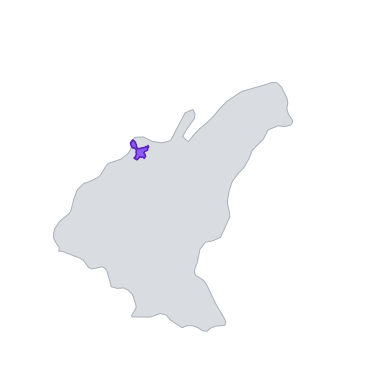 Rio San Juan, María Trinidad Sánchez, Dominican Republic (highlighted), rotated 302°
{"feature_id": "3306468B8616193891808", "entity_name": "Rio San Juan", "entity_type": "district", "adm_level": 2, "iso_a3": "DOM", "parent_name": "Dominican Republic", "parent_adm1": "María Trinidad Sánchez", "projection": "robinson", "projection_center": [-70.066, 19.564], "detail": "fine", "context": "in_parent", "style": "filled", "palette": "violet", "viewbox_px": 384, "rotation_deg": 302, "n_neighbors": 0, "source": "geoboundaries", "source_scale": "gbopen_adm2", "svg_char_len": 4502}
<svg xmlns="http://www.w3.org/2000/svg" viewBox="0 0 384 384"><g transform="rotate(302 192 192)"><path d="M71.7,255.6L72.0,241.4L74.1,235.6L72.2,229.5L63.9,223.0L58.8,214.7L54.3,207.3L55.4,206.2L64.4,205.9L67.6,203.2L73.7,195.6L74.9,189.5L74.4,184.9L70.5,179.4L68.9,173.6L73.8,168.6L80.3,161.2L81.1,158.4L81.0,155.6L73.6,147.8L73.1,144.5L76.6,136.0L76.2,130.4L72.8,113.0L71.2,110.4L74.5,108.9L76.7,103.8L79.6,99.1L83.5,96.6L87.8,95.1L96.6,95.2L108.6,99.2L112.0,99.2L123.6,95.5L133.2,93.5L142.2,95.8L145.8,98.9L153.3,103.9L157.0,105.4L168.8,105.3L172.0,105.8L181.9,114.1L190.2,117.3L195.0,117.5L203.7,114.3L208.0,114.4L212.9,121.5L213.9,131.6L218.0,140.8L224.3,146.6L255.5,144.2L262.4,149.0L260.0,153.0L255.6,155.1L240.8,154.2L234.4,154.7L233.1,158.6L233.0,162.3L241.7,163.2L250.2,165.1L258.9,168.0L267.7,170.1L277.6,171.4L287.3,173.5L303.6,180.8L321.7,197.2L326.5,201.0L329.7,206.1L328.2,212.5L321.8,222.9L318.1,226.2L312.8,228.3L309.2,232.5L305.7,239.8L303.5,240.4L301.0,240.1L296.7,236.0L293.6,229.7L284.9,223.7L274.6,224.5L259.3,221.0L250.1,222.7L240.9,223.1L231.5,221.3L222.0,220.6L212.6,222.9L203.4,226.7L200.0,229.1L194.1,235.0L191.0,237.2L168.7,240.2L162.2,235.9L156.3,229.9L147.7,229.1L135.2,233.7L127.4,235.4L124.3,237.4L123.3,239.6L123.3,247.9L121.5,253.0L109.4,272.0L102.5,285.5L99.7,289.6L96.4,290.5L90.4,282.8L86.6,280.0L81.9,278.6L79.9,274.5L80.0,268.6L78.8,263.0L75.9,258.5L71.7,255.6Z" fill="#d9dde1" stroke="#a8b0b8" stroke-width="1"/><path d="M195.2,133.6L195.5,133.7L195.8,133.7L197.4,133.8L197.6,133.7L197.9,133.5L198.0,133.2L198.3,132.9L198.5,132.7L198.7,132.4L199.0,132.3L199.0,132.2L199.2,131.9L199.2,131.7L199.3,131.2L199.5,130.6L199.7,130.4L199.8,130.4L200.1,130.5L200.3,130.5L200.6,130.4L200.8,130.4L201.1,130.4L201.3,130.4L201.7,130.6L202.0,130.8L202.5,131.1L202.8,131.4L202.9,131.6L203.3,131.8L204.0,132.0L204.4,131.8L204.8,131.5L204.9,131.4L205.1,131.4L205.3,131.5L205.6,131.4L205.8,131.4L206.9,131.4L207.1,131.4L207.3,131.3L207.5,131.0L207.7,130.7L207.9,130.4L208.0,130.2L207.6,130.1L207.3,130.0L207.2,129.9L206.5,129.9L206.4,129.9L206.2,129.8L206.2,129.7L206.2,129.1L206.2,128.9L206.0,128.6L205.9,128.5L205.7,128.5L205.4,128.6L205.2,128.7L204.6,128.4L204.4,128.2L204.3,127.8L204.2,127.6L203.6,127.4L203.4,127.2L203.3,126.9L203.3,126.5L203.3,126.4L203.2,126.3L203.1,126.2L202.8,126.1L202.5,126.0L202.3,125.9L202.2,125.7L202.1,125.4L201.9,125.2L201.5,125.0L201.3,124.9L201.2,124.9L201.0,124.6L200.9,124.5L200.8,124.3L200.8,123.9L200.6,123.6L200.4,123.4L200.2,123.3L200.0,123.1L199.9,122.8L200.0,122.7L200.3,122.5L200.4,122.4L200.5,122.1L200.6,121.9L200.4,121.5L200.4,121.4L200.5,121.3L200.6,121.1L200.9,121.0L201.0,121.0L201.0,120.9L201.1,120.7L201.3,120.4L201.8,120.3L202.0,120.3L202.2,120.1L202.5,119.8L202.8,119.6L203.0,119.2L203.3,118.4L203.5,118.0L203.9,117.9L204.0,117.9L204.1,117.7L204.3,117.3L204.4,117.1L204.4,116.9L204.4,116.3L204.4,116.1L204.5,115.9L204.8,115.5L204.8,115.4L204.8,115.1L204.7,114.7L204.6,114.0L204.0,114.0L203.7,114.0L203.2,113.8L202.8,113.8L202.7,113.8L202.7,114.0L202.6,113.9L202.4,114.0L202.4,113.9L202.2,113.8L201.9,113.9L201.8,114.0L201.7,114.1L201.5,113.9L201.4,113.9L201.2,113.9L201.2,114.0L201.1,114.3L200.9,114.3L200.7,114.3L200.4,114.3L200.3,114.5L200.2,114.5L199.9,114.7L199.9,114.8L199.7,114.9L199.7,115.0L199.6,115.3L199.6,115.2L199.5,115.3L199.5,115.5L199.4,115.5L199.2,115.7L199.1,115.8L199.0,116.0L198.9,116.2L198.9,116.3L198.8,116.5L198.7,116.6L198.6,116.8L198.7,117.0L198.5,117.3L198.4,117.4L198.3,117.5L198.2,117.5L197.9,118.0L198.3,118.2L198.5,118.3L198.6,118.5L198.7,118.8L198.7,119.0L198.5,119.3L198.3,119.4L198.3,119.5L198.3,119.8L198.5,120.0L198.6,120.4L198.6,120.6L198.6,120.9L198.6,121.2L198.6,121.3L198.4,121.6L198.4,121.8L198.4,122.3L198.3,122.5L198.2,122.5L197.8,122.8L197.6,122.8L197.2,123.0L196.8,123.1L196.4,123.3L195.9,123.6L195.7,123.7L195.5,123.9L195.4,124.1L195.2,124.4L194.7,124.8L194.3,124.9L193.7,124.9L193.4,125.0L193.2,125.0L192.9,125.3L192.7,125.3L192.7,125.2L192.4,125.0L191.9,125.2L191.7,125.4L191.4,125.4L191.2,125.4L190.4,125.0L190.2,124.9L190.1,125.0L189.9,125.2L189.9,125.3L189.9,125.6L190.1,125.9L190.1,126.2L190.1,126.5L190.1,128.2L190.5,128.5L191.6,128.6L192.0,128.8L192.7,128.9L192.8,128.9L193.0,129.0L193.3,129.1L193.7,128.9L193.9,128.9L194.0,128.9L194.3,129.1L194.5,129.5L194.6,129.9L194.6,130.5L194.7,130.8L195.0,131.0L195.3,131.2L195.4,131.3L195.5,131.4L195.5,131.6L195.5,131.9L195.5,132.6L195.5,132.9L195.4,133.0L195.2,133.6Z" fill="#8b5cf6" stroke="#5b21b6" stroke-width="1.5"/></g></svg>